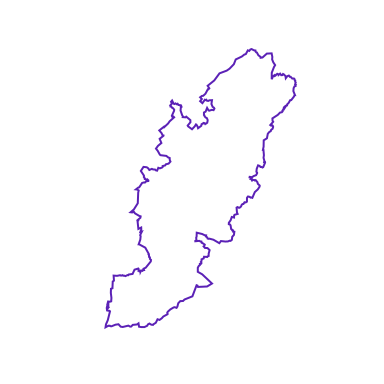 outline of Thurles Lea-5, North Tipperary, Ireland, rotated 116°
{"feature_id": "5873133B42625878328180", "entity_name": "Thurles Lea-5", "entity_type": "district", "adm_level": 2, "iso_a3": "IRL", "parent_name": "Ireland", "parent_adm1": "North Tipperary", "projection": "equal_earth", "projection_center": [-7.824, 52.667], "detail": "fine", "context": "isolated", "style": "outline", "palette": "violet", "viewbox_px": 384, "rotation_deg": 116, "n_neighbors": 0, "source": "geoboundaries", "source_scale": "gbopen_adm2", "svg_char_len": 6068}
<svg xmlns="http://www.w3.org/2000/svg" viewBox="0 0 384 384"><g transform="rotate(116 192 192)"><path d="M51.4,145.4L50.9,145.8L50.2,145.7L50.1,146.5L48.1,146.8L47.7,147.6L46.5,148.1L46.4,148.8L45.4,149.6L45.3,150.2L46.1,151.6L45.2,153.9L45.6,154.5L44.9,156.0L46.1,157.1L48.6,157.6L46.8,158.8L46.0,161.2L46.0,161.9L47.3,162.0L47.9,163.0L47.0,164.7L48.9,165.5L48.3,166.0L48.4,167.2L51.0,168.1L51.6,168.6L50.9,169.1L53.0,170.3L53.9,169.8L55.7,169.8L49.8,172.6L43.7,173.1L41.5,172.9L39.8,175.8L37.7,178.1L35.4,179.0L32.5,181.2L34.8,185.4L40.2,187.6L41.3,189.2L40.5,189.7L40.0,192.3L38.2,194.8L38.3,195.5L37.8,196.6L37.0,197.0L37.5,198.6L37.4,201.1L38.3,202.0L40.1,202.4L40.2,203.9L44.5,204.1L45.5,205.2L48.4,206.6L53.7,210.8L58.8,210.4L64.7,212.3L67.7,214.0L73.3,219.3L82.0,220.9L89.7,224.5L91.2,221.9L92.6,222.3L92.7,222.8L97.8,223.0L100.6,224.1L101.3,225.2L103.3,226.2L104.1,223.9L106.8,224.5L107.6,221.6L103.5,220.9L103.6,220.4L102.8,219.6L103.4,218.9L103.1,217.4L102.0,216.6L100.7,214.3L104.4,213.1L106.4,210.8L106.6,209.3L107.2,208.4L109.0,208.5L109.4,210.1L111.4,212.2L111.4,212.9L109.8,215.3L113.8,215.0L115.3,216.1L117.6,215.0L117.7,214.4L118.5,213.8L119.1,212.3L119.0,211.2L120.1,209.8L121.0,209.2L123.1,208.7L124.3,209.3L124.5,209.8L125.1,210.0L124.6,210.9L124.9,212.0L125.7,212.1L126.8,213.1L128.5,212.7L132.0,214.5L130.8,215.6L129.5,217.6L129.5,218.1L131.8,218.3L135.6,219.5L134.7,224.3L134.2,225.0L130.0,224.0L128.1,225.0L126.8,230.2L127.7,230.5L128.7,233.0L128.2,233.0L127.5,234.3L123.8,238.0L120.9,239.1L120.1,238.7L119.3,239.5L119.9,239.8L119.1,240.6L119.7,242.3L119.0,243.6L119.8,244.0L119.6,245.7L120.6,246.3L120.7,247.2L118.5,250.0L120.1,250.4L121.2,248.8L123.6,249.5L123.7,249.0L124.6,248.8L124.4,247.8L125.0,247.0L125.0,245.7L125.8,244.1L126.9,243.7L132.4,243.5L133.0,242.7L132.3,241.8L132.7,240.8L138.3,243.1L140.9,243.5L145.9,245.4L145.6,245.8L151.0,248.4L152.5,245.0L153.9,243.4L153.7,242.4L154.0,242.3L158.4,244.4L161.4,241.0L165.4,242.8L168.8,243.4L170.0,240.9L172.5,237.3L172.7,236.4L170.8,230.9L171.4,228.4L171.2,227.0L173.0,226.0L174.1,224.7L176.8,225.5L178.5,227.6L179.9,227.8L181.5,229.7L182.1,229.3L183.1,229.6L184.8,231.2L185.0,232.9L188.1,232.7L188.4,234.0L188.0,235.1L188.8,236.8L188.8,238.2L190.9,240.0L189.9,241.8L189.6,243.5L190.7,246.6L195.5,247.2L198.3,242.4L199.7,241.8L199.8,241.2L201.0,240.2L200.7,239.7L201.1,238.6L200.2,237.8L200.7,236.3L201.3,236.1L202.4,237.8L204.2,238.5L204.4,239.3L205.7,240.8L210.9,241.5L211.7,242.3L214.2,243.5L213.8,242.4L214.0,240.6L216.1,240.1L225.9,235.8L233.1,236.6L237.1,238.3L236.6,236.8L235.3,235.5L236.2,233.9L236.6,229.0L236.4,227.5L237.8,227.1L241.2,228.6L241.4,227.9L242.0,228.2L248.7,224.0L246.2,222.1L247.8,221.2L250.5,220.9L249.5,219.7L253.5,219.7L254.2,218.8L257.5,217.6L262.4,217.0L262.2,216.5L262.5,209.6L266.7,203.6L267.2,203.7L267.6,203.0L269.2,202.1L269.2,201.2L270.6,200.5L271.0,199.1L272.5,198.6L280.3,200.4L282.2,201.9L283.2,200.9L283.9,202.1L284.6,202.0L284.9,203.3L286.4,203.3L285.9,203.6L286.2,204.1L285.7,204.3L286.3,205.5L284.6,206.2L284.3,206.7L287.0,209.6L291.7,209.5L293.9,212.7L294.7,212.8L294.9,213.5L296.8,215.0L296.9,216.3L297.4,217.1L297.2,217.9L298.3,219.1L298.3,220.1L300.2,222.6L301.5,225.8L305.9,223.3L307.2,224.0L313.4,221.3L314.5,222.4L318.3,220.7L322.5,218.0L325.7,216.7L326.6,217.7L327.2,219.4L329.2,219.0L328.6,218.4L332.1,216.8L332.2,216.4L333.4,216.7L332.3,218.1L333.6,217.8L335.7,216.4L335.0,214.0L335.2,213.4L344.1,211.5L348.7,211.3L351.5,210.4L348.8,208.5L348.7,207.8L348.2,207.3L348.3,206.2L347.9,205.4L344.8,202.6L343.1,200.1L344.3,197.1L343.7,195.1L340.0,190.6L340.1,188.6L339.6,187.7L337.4,187.0L335.2,183.4L333.5,182.5L336.3,180.5L335.6,178.3L334.2,175.5L331.8,173.6L330.4,173.6L328.9,172.6L329.1,170.4L328.5,168.8L328.0,168.8L325.4,167.2L321.5,167.2L321.2,165.1L318.7,163.8L316.5,163.2L312.7,160.5L312.3,160.4L311.4,161.3L310.3,161.3L307.0,160.0L303.8,157.9L303.1,157.0L302.9,155.1L301.4,154.9L298.0,155.6L295.2,154.7L293.9,152.3L291.9,151.6L285.6,145.9L273.8,147.0L273.7,146.1L274.7,145.0L270.3,137.0L265.5,133.9L261.5,146.8L261.2,151.8L257.5,153.6L255.5,153.5L254.3,152.9L253.2,153.4L252.7,152.5L252.1,152.3L251.6,152.4L251.0,153.4L249.8,153.2L248.3,153.9L246.6,152.4L244.9,152.8L243.7,149.8L243.1,149.8L242.2,149.0L240.1,150.0L236.5,150.7L235.6,153.5L236.6,155.9L235.8,157.7L234.9,157.3L233.7,157.5L233.3,160.2L233.4,161.0L232.4,161.8L232.8,162.7L232.7,164.0L234.8,167.4L234.4,167.6L233.4,166.8L231.3,168.2L230.1,168.3L226.5,169.9L225.3,164.5L225.3,161.6L224.8,160.3L225.9,160.0L226.1,158.4L227.0,157.6L226.8,156.5L226.3,155.9L225.5,151.8L226.0,145.0L223.4,144.5L221.9,140.3L220.7,138.1L219.0,136.5L219.0,135.9L217.5,135.2L214.6,136.2L212.2,135.5L209.2,136.5L209.6,137.7L208.5,138.2L208.4,138.9L208.7,139.2L208.2,139.8L208.1,140.6L205.2,142.6L204.6,143.4L204.8,144.8L203.5,145.4L200.5,144.9L197.0,145.3L196.5,143.0L194.5,143.9L193.8,143.7L191.7,141.4L190.7,142.6L186.5,145.1L185.6,144.5L185.6,142.8L185.2,142.3L183.6,141.6L181.6,141.7L180.7,141.3L180.2,140.5L178.2,140.3L177.9,139.2L176.6,138.4L173.2,140.0L171.6,139.8L171.2,138.9L171.3,136.9L171.0,136.8L170.8,135.2L164.5,135.5L160.8,134.0L157.6,133.6L156.5,134.0L155.8,136.4L154.5,137.5L153.4,140.0L154.1,140.5L153.9,141.2L154.3,142.3L155.2,142.9L154.5,143.5L154.9,143.7L154.3,144.5L154.6,145.1L153.4,145.3L153.3,146.2L153.5,146.7L153.1,146.8L152.3,144.4L150.8,143.7L148.8,141.8L146.6,141.7L146.0,142.0L145.6,143.0L142.8,144.0L139.1,144.3L138.9,142.7L139.5,141.4L139.0,140.5L139.1,139.4L138.4,138.9L133.5,139.2L133.1,139.5L133.5,140.3L132.3,140.6L129.9,142.7L127.4,143.5L122.9,146.2L123.1,146.7L119.9,147.5L114.1,150.2L110.9,148.2L106.4,149.4L104.1,148.8L102.8,147.9L101.5,148.1L99.8,147.3L97.9,147.6L97.1,148.4L96.9,148.9L97.7,149.9L97.5,151.0L93.3,149.8L92.7,150.8L90.6,152.0L85.1,148.7L82.0,147.7L80.9,146.2L79.8,145.9L79.3,146.4L77.5,146.1L75.7,146.5L74.7,146.1L75.8,145.5L73.3,145.2L72.5,144.5L71.6,144.9L69.6,144.2L66.4,144.0L65.9,143.1L61.5,142.2L60.0,142.3L59.8,141.9L56.9,145.1L55.9,145.5L54.1,146.2L52.2,146.2L51.4,145.4Z" fill="none" stroke="#5b21b6" stroke-width="2"/></g></svg>